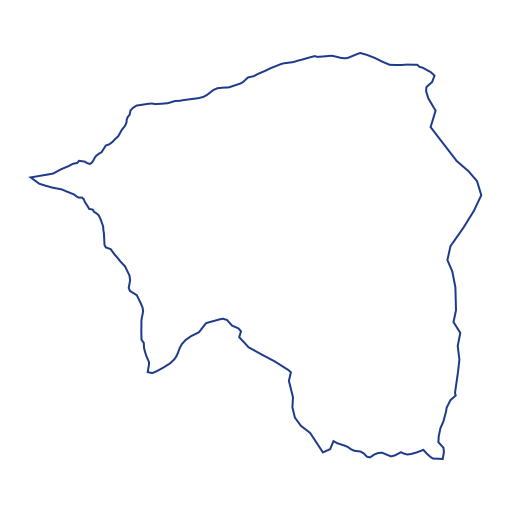 outline of Talo, Punakha, Bhutan
{"feature_id": "84629894B89675802182154", "entity_name": "Talo", "entity_type": "district", "adm_level": 2, "iso_a3": "BTN", "parent_name": "Bhutan", "parent_adm1": "Punakha", "projection": "orthographic", "projection_center": [89.823, 27.557], "detail": "fine", "context": "isolated", "style": "outline", "palette": "blue", "viewbox_px": 512, "rotation_deg": 0, "n_neighbors": 0, "source": "geoboundaries", "source_scale": "gbopen_adm2", "svg_char_len": 2816}
<svg xmlns="http://www.w3.org/2000/svg" viewBox="0 0 512 512"><path d="M442.7,459.0L443.1,456.7L443.9,452.2L443.5,447.8L438.4,442.2L438.7,436.5L440.4,428.2L443.4,421.5L446.1,411.3L446.6,407.8L450.4,400.2L455.7,395.5L455.0,392.9L458.0,371.9L459.4,359.6L457.7,346.0L460.3,332.9L453.5,322.1L456.0,310.2L455.4,287.4L452.3,271.5L447.4,260.0L450.5,246.1L463.5,227.6L473.9,210.8L481.3,195.2L477.0,181.1L468.5,171.2L456.6,160.9L430.6,127.1L435.6,110.7L428.3,98.3L426.1,91.2L426.4,87.1L432.2,81.9L434.5,75.6L430.7,72.1L427.2,70.2L422.9,67.8L419.2,66.7L417.3,64.8L406.7,64.6L401.7,65.0L395.5,65.0L389.7,64.8L382.1,61.6L375.2,58.1L367.0,54.9L360.3,53.0L357.8,53.8L347.6,58.0L345.0,58.3L340.8,57.9L337.5,57.0L332.2,55.8L329.4,55.9L324.2,56.4L317.2,56.9L314.8,56.1L310.8,57.1L300.7,60.0L298.4,60.5L295.8,61.3L293.2,62.1L283.3,63.4L280.4,64.3L270.4,68.3L265.5,70.7L257.1,74.3L254.0,76.1L247.9,77.5L243.2,81.9L240.7,83.4L231.8,86.4L228.8,87.4L222.4,87.7L217.6,88.2L213.5,89.9L209.4,93.1L207.2,94.8L203.4,96.9L198.8,98.1L183.5,100.1L179.6,100.8L175.1,101.0L167.8,103.2L162.1,103.7L155.3,104.1L151.7,103.5L148.3,103.8L136.5,105.6L132.8,108.0L130.5,110.5L129.6,114.8L127.8,116.9L126.7,119.7L126.5,122.5L125.1,125.7L121.6,130.2L118.2,136.3L115.6,138.6L112.5,141.9L109.3,144.3L105.8,145.5L101.5,152.3L99.1,153.6L96.4,155.6L94.9,157.4L93.5,160.2L92.0,162.5L89.9,164.0L86.9,163.0L84.7,161.6L79.0,160.8L77.3,162.9L72.9,163.8L68.2,166.3L61.6,169.0L53.0,173.6L30.7,177.4L39.2,183.7L45.5,185.7L52.7,187.7L61.4,189.3L70.8,193.2L73.6,194.2L76.7,196.5L78.8,197.6L81.9,197.6L83.9,199.3L84.7,201.8L88.0,206.8L89.1,208.9L92.7,209.6L94.2,212.0L96.1,213.1L98.6,215.1L100.6,219.3L103.2,226.6L103.3,230.1L103.9,233.0L104.5,244.9L105.8,247.4L110.6,249.1L114.8,254.8L116.9,257.1L120.5,261.6L125.0,266.3L129.5,275.6L130.1,280.5L128.7,287.9L130.0,291.0L136.8,295.2L141.0,303.8L142.6,307.7L143.1,311.3L142.4,315.1L141.8,317.7L141.4,321.1L141.4,327.0L141.3,330.9L141.5,339.8L143.8,342.9L144.0,347.6L144.7,350.8L146.3,355.9L149.0,362.2L149.0,364.5L147.7,372.1L152.2,373.1L154.7,372.1L158.4,370.3L163.1,367.7L170.2,363.3L174.3,359.3L176.5,356.1L178.0,352.7L179.6,348.3L181.8,344.2L185.5,340.1L190.8,336.3L198.9,332.3L206.1,323.1L219.5,319.4L222.9,318.7L227.0,320.0L232.0,325.6L238.5,328.4L241.0,331.3L239.2,337.2L244.2,342.5L248.5,347.2L261.8,354.6L274.7,361.4L288.6,370.2L290.9,372.3L288.9,380.8L293.0,397.4L292.4,407.4L294.9,417.6L301.0,425.9L310.2,433.0L322.9,452.4L330.1,449.2L333.5,441.1L337.2,443.2L342.4,444.9L345.7,446.0L348.0,447.1L350.9,449.2L354.4,450.8L360.4,451.5L363.8,453.4L366.9,456.7L370.0,457.4L374.5,454.4L378.4,453.0L382.0,452.7L390.9,456.4L394.7,455.5L401.0,452.2L403.6,453.5L407.3,454.5L410.6,454.1L416.1,452.6L423.4,449.9L426.8,453.7L430.9,457.3L433.2,458.6L437.7,458.7L442.7,459.0Z" fill="none" stroke="#1e3a8a" stroke-width="2"/></svg>